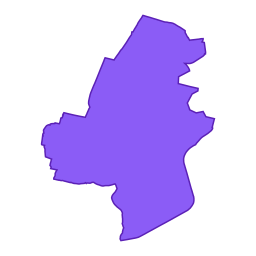 the district of Haarlem, Noord-Holland, Netherlands
{"feature_id": "6326949B1246311998557", "entity_name": "Haarlem", "entity_type": "district", "adm_level": 2, "iso_a3": "NLD", "parent_name": "Netherlands", "parent_adm1": "Noord-Holland", "projection": "robinson", "projection_center": [4.639, 52.384], "detail": "fine", "context": "isolated", "style": "filled", "palette": "violet", "viewbox_px": 256, "rotation_deg": 0, "n_neighbors": 0, "source": "geoboundaries", "source_scale": "gbopen_adm2", "svg_char_len": 5426}
<svg xmlns="http://www.w3.org/2000/svg" viewBox="0 0 256 256"><path d="M53.8,179.1L55.8,179.5L56.5,179.7L58.7,180.2L59.0,180.1L59.8,180.3L60.0,180.4L61.4,180.6L61.9,180.6L62.7,180.5L63.3,180.7L64.0,181.0L64.9,181.2L69.9,182.5L69.9,182.4L70.0,182.4L70.4,182.4L71.0,182.4L71.0,182.5L73.7,183.4L74.6,183.5L76.0,183.6L77.5,183.8L77.9,183.9L79.0,184.0L80.0,183.9L80.3,183.7L81.8,183.6L84.4,183.4L84.7,183.2L85.4,182.7L86.0,183.3L86.2,183.5L86.4,183.3L86.7,183.1L87.0,183.0L88.8,183.1L89.6,183.2L89.9,183.2L90.8,183.0L91.8,182.4L92.1,182.4L92.7,182.4L92.8,182.3L93.2,182.3L93.8,182.4L94.5,182.9L95.6,183.6L97.3,184.4L99.4,185.0L101.1,185.7L102.0,185.9L102.5,186.0L103.3,186.0L104.1,185.8L105.6,185.6L107.0,185.6L108.6,185.6L108.8,185.6L111.7,184.9L114.0,184.2L115.0,183.9L115.2,184.3L115.6,184.8L115.9,185.2L116.1,185.8L116.2,186.3L116.5,187.1L116.9,188.2L117.0,188.7L116.9,188.9L116.5,189.7L115.7,191.1L115.3,191.8L114.0,193.3L113.6,193.7L113.0,194.5L112.5,195.2L112.3,195.6L112.0,196.2L111.9,196.6L111.6,197.9L111.8,198.3L111.9,199.0L112.2,199.9L113.0,201.7L113.6,202.9L113.7,203.1L114.3,203.9L114.5,204.3L117.0,206.8L117.4,207.2L118.3,207.8L119.2,208.6L119.8,209.0L121.0,210.1L121.4,210.7L122.3,212.6L122.4,213.2L122.4,213.3L122.3,214.1L122.2,214.5L122.2,214.9L122.3,216.0L122.4,216.8L122.4,217.3L122.6,218.7L122.6,219.9L122.6,222.0L122.5,222.7L122.2,223.6L122.3,223.9L122.7,225.0L123.0,226.1L123.7,227.9L123.6,228.1L123.3,228.8L123.1,229.2L122.6,231.3L122.5,231.8L122.5,232.9L121.3,234.4L120.9,235.1L120.6,235.7L120.5,236.0L120.4,236.3L120.3,237.6L120.2,238.2L120.1,238.7L120.3,239.5L120.5,239.8L120.9,240.6L126.9,239.6L135.5,238.0L136.7,237.7L138.2,237.3L139.1,236.9L139.9,236.5L140.5,236.2L143.5,234.6L145.0,233.8L146.4,233.0L161.7,224.6L166.0,222.3L186.0,211.2L187.1,210.6L187.9,210.1L188.9,209.2L189.6,208.6L190.3,208.0L191.1,206.9L191.8,206.0L192.6,204.7L193.1,203.8L193.4,203.2L193.6,202.5L193.7,202.0L193.9,200.7L193.9,199.3L193.9,198.6L193.8,197.8L193.7,197.0L193.7,196.8L193.4,195.9L193.1,195.0L192.0,191.1L191.1,188.3L186.9,173.2L184.0,163.4L183.8,162.3L183.7,161.6L183.7,161.1L183.6,159.2L183.7,158.2L183.9,157.3L184.1,156.4L184.5,155.3L184.7,154.9L184.8,154.8L185.2,153.8L186.3,151.9L186.6,151.6L187.4,150.6L188.8,149.1L189.7,148.3L190.7,147.5L191.3,147.1L193.3,145.8L193.8,145.5L195.6,144.7L196.0,144.0L196.6,143.1L198.6,140.9L200.3,138.9L201.5,137.7L202.5,136.9L206.7,134.2L208.0,133.3L208.6,132.8L210.8,131.0L211.4,130.5L211.8,129.9L212.3,129.1L212.6,128.7L212.5,127.8L212.5,127.5L212.5,127.3L212.2,127.3L214.4,118.7L205.9,116.7L203.1,111.5L196.2,112.9L189.8,109.9L189.7,109.8L189.8,109.7L187.3,103.0L192.1,94.0L197.9,90.9L198.1,88.4L189.7,86.5L178.3,83.6L178.6,76.7L189.6,70.9L189.4,70.0L189.3,69.5L189.1,69.1L188.6,68.1L188.1,67.2L187.3,66.1L186.3,64.8L185.7,64.2L184.8,63.4L188.6,63.5L189.4,63.5L190.0,63.5L190.7,63.3L191.5,63.1L192.8,62.6L193.8,62.1L203.0,56.2L205.0,54.2L204.6,53.9L204.9,53.5L205.2,53.5L205.5,53.6L205.6,52.3L204.3,42.5L202.0,41.9L202.4,41.4L202.9,40.2L203.2,38.9L203.1,38.6L202.4,38.7L201.3,38.7L200.0,38.9L199.1,39.1L197.3,39.3L194.7,39.6L192.0,39.9L190.2,40.1L189.6,40.3L188.2,37.5L187.8,37.6L186.4,35.0L186.2,34.4L185.4,33.2L185.2,32.5L185.1,32.0L185.2,30.9L185.1,30.7L184.6,30.3L180.7,27.7L179.9,27.2L178.0,26.2L176.9,25.5L176.2,25.1L175.4,24.5L174.8,24.2L174.0,23.8L173.0,23.3L172.7,23.2L171.8,23.0L171.0,22.8L168.9,22.6L167.2,22.2L166.1,22.1L164.8,22.0L164.4,21.9L163.4,21.6L160.2,20.6L155.8,19.2L154.7,18.9L151.8,18.0L149.9,17.4L149.1,17.2L148.8,17.1L146.3,16.4L143.0,15.4L142.9,15.4L141.4,18.0L140.8,18.9L140.7,18.9L138.8,21.7L138.3,22.5L138.0,23.0L137.8,23.4L137.1,25.0L136.5,25.8L136.3,26.2L136.1,26.6L134.5,29.1L133.0,31.9L131.9,31.9L131.8,32.4L131.6,33.7L131.5,34.7L130.4,36.2L129.1,38.1L127.4,40.9L126.4,42.5L123.8,46.3L122.2,48.7L121.4,49.5L120.8,50.2L120.2,51.0L119.7,51.8L118.5,53.6L116.5,56.3L115.5,57.8L115.2,58.2L114.3,59.5L114.1,60.0L105.1,57.8L104.2,59.9L103.9,60.8L101.2,67.4L100.6,68.8L100.3,69.6L97.7,76.1L94.8,83.2L93.7,85.6L90.8,92.7L90.5,93.6L90.2,94.5L90.0,95.3L89.7,96.6L89.3,98.3L88.7,101.1L88.6,102.6L88.6,103.7L88.7,104.0L89.3,105.8L89.5,106.3L89.8,107.0L89.8,107.5L89.2,108.4L88.9,109.0L88.7,109.3L88.6,109.7L88.0,111.1L87.4,112.4L87.2,112.9L86.8,114.0L86.0,115.6L85.3,117.3L79.9,116.3L74.5,115.2L68.8,113.9L63.9,112.7L63.0,114.3L63.3,114.4L62.8,115.5L63.0,115.5L62.5,117.0L62.4,117.2L62.0,117.9L61.8,117.9L61.4,117.8L61.0,117.9L60.9,118.1L60.7,118.6L60.7,118.9L60.6,119.4L60.1,121.7L59.4,123.7L59.2,123.7L58.9,123.7L55.1,122.9L55.0,123.3L54.9,123.3L54.8,123.5L53.0,123.6L52.8,123.6L52.0,123.6L51.1,123.8L50.5,124.0L50.2,124.1L50.1,124.3L50.0,124.8L50.0,125.0L49.9,125.0L48.7,124.8L48.4,124.8L46.8,125.6L46.6,125.7L45.9,126.5L44.2,128.9L43.7,129.8L43.5,130.2L43.5,130.4L43.7,132.2L43.7,133.0L43.8,133.1L43.7,133.2L43.1,133.4L42.9,134.6L43.0,135.3L43.0,135.5L42.7,135.3L42.1,140.2L41.6,143.5L41.6,143.8L41.6,144.0L41.6,144.4L41.9,144.8L44.6,145.4L44.4,146.0L44.1,146.7L44.3,147.3L45.0,149.1L45.0,149.6L45.0,150.6L45.0,151.9L45.1,152.5L45.3,155.1L45.5,156.8L51.6,159.1L51.3,159.8L51.2,160.1L51.0,161.3L50.4,163.3L50.0,165.4L50.0,165.5L50.6,166.1L50.7,166.3L50.8,166.5L51.0,166.9L51.1,167.3L51.0,167.6L51.0,167.8L50.7,168.6L51.1,168.7L57.0,169.9L56.7,170.5L56.3,171.0L55.8,172.0L55.2,173.3L55.2,173.5L55.1,174.3L55.2,174.9L55.1,175.5L55.0,175.8L54.6,176.7L53.9,177.8L53.8,178.2L53.8,178.7L53.8,179.1Z" fill="#8b5cf6" stroke="#5b21b6" stroke-width="1.5"/></svg>